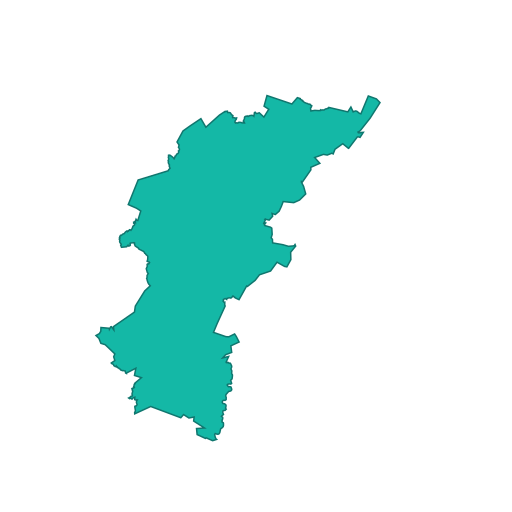 the district of El Oro, Durango, Mexico, rotated 64°
{"feature_id": "50627088B64082944124553", "entity_name": "El Oro", "entity_type": "district", "adm_level": 2, "iso_a3": "MEX", "parent_name": "Mexico", "parent_adm1": "Durango", "projection": "albers", "projection_center": [-105.231, 25.637], "detail": "fine", "context": "isolated", "style": "filled", "palette": "teal", "viewbox_px": 512, "rotation_deg": 64, "n_neighbors": 0, "source": "geoboundaries", "source_scale": "gbopen_adm2", "svg_char_len": 6153}
<svg xmlns="http://www.w3.org/2000/svg" viewBox="0 0 512 512"><g transform="rotate(64 256 256)"><path d="M153.8,348.3L160.6,342.5L165.0,339.8L172.3,346.7L171.5,347.5L170.4,347.7L172.1,349.3L173.1,349.7L172.1,350.1L172.7,350.7L172.1,351.2L172.9,351.6L173.9,351.2L174.7,351.4L175.1,352.2L175.2,353.4L177.1,355.4L178.1,357.2L177.3,357.6L176.9,358.2L177.4,358.8L177.3,359.5L177.7,359.9L177.3,360.4L177.7,360.9L176.9,361.2L177.2,362.8L178.1,364.7L177.9,366.2L178.5,368.2L178.0,368.7L178.8,369.9L179.7,370.2L179.7,370.5L180.3,370.6L180.2,371.0L181.1,371.1L181.3,371.6L182.3,371.5L183.1,372.2L184.2,372.4L186.4,372.0L187.0,372.5L187.0,372.9L189.2,373.1L191.0,368.2L190.2,366.3L191.2,366.2L191.5,365.1L191.2,364.2L189.4,363.6L189.4,362.9L190.6,359.7L191.2,359.4L191.7,360.0L194.0,360.2L197.5,358.2L198.5,358.2L202.8,354.9L204.8,354.8L205.4,354.3L206.4,354.3L208.4,353.4L209.2,353.5L211.8,355.0L212.9,356.1L213.2,355.7L213.7,355.7L214.5,354.7L215.2,354.5L216.1,356.0L215.7,356.4L215.6,357.1L216.0,357.7L217.6,358.2L219.3,360.2L223.2,360.9L224.4,360.5L225.8,362.5L227.5,363.3L228.3,364.2L229.7,364.2L230.2,364.5L232.9,364.8L234.3,364.7L236.4,364.1L238.6,371.3L248.1,386.4L253.1,389.8L257.0,415.1L260.1,416.2L256.1,417.0L256.0,417.7L257.6,419.9L256.6,419.6L252.3,426.7L255.6,428.5L257.1,430.8L257.3,434.7L261.2,433.3L266.5,433.7L269.6,430.4L282.1,425.8L284.2,428.1L288.1,428.7L288.7,433.0L289.2,433.0L290.9,431.7L292.3,431.8L293.4,431.0L293.6,431.0L293.9,430.5L293.7,430.0L294.2,430.2L294.6,429.5L294.9,429.7L295.3,429.3L295.7,429.3L296.4,428.5L297.0,428.5L298.1,427.7L299.1,427.6L300.6,426.2L300.8,425.5L302.2,423.9L304.0,424.5L304.8,423.9L304.4,423.7L304.2,413.2L310.1,417.6L315.1,412.3L317.2,420.5L317.5,420.3L317.8,420.6L318.1,421.8L319.4,422.7L319.6,423.1L320.7,422.9L320.9,423.4L320.4,423.6L321.0,424.6L320.7,425.3L320.9,425.8L321.7,425.6L322.2,426.0L323.4,426.0L325.7,428.0L326.9,428.1L327.5,428.5L327.3,430.2L327.8,431.4L327.8,432.7L328.9,432.1L328.9,430.9L330.3,430.2L329.6,428.1L329.8,426.8L331.9,428.0L332.4,427.6L333.3,425.8L334.0,426.9L335.2,427.7L337.5,428.0L338.2,429.4L337.9,430.5L338.3,431.0L342.2,432.2L342.9,432.8L343.3,433.6L344.7,434.2L345.1,416.6L368.4,394.5L366.8,390.6L372.2,387.3L373.6,382.2L377.0,384.4L388.0,377.7L385.0,385.1L390.7,387.2L397.8,381.4L397.6,380.5L403.0,375.9L403.6,371.8L402.9,372.1L401.2,372.1L398.5,371.5L397.7,370.5L399.2,369.0L399.7,367.6L399.4,366.8L398.9,366.0L395.8,363.5L395.6,361.9L395.0,360.3L393.9,359.4L391.9,358.5L391.5,358.5L391.0,358.9L390.2,359.3L389.3,358.6L388.7,358.6L387.9,357.4L386.8,356.8L386.3,356.7L385.0,357.4L384.6,356.7L384.2,354.7L382.1,354.5L380.8,353.7L380.7,352.8L381.2,351.5L380.6,349.9L379.3,350.1L378.6,349.3L376.9,348.3L375.2,348.9L374.0,350.4L372.7,350.5L371.8,349.8L371.4,348.8L371.8,347.6L372.2,347.2L372.0,345.8L370.1,344.8L368.5,344.6L367.3,343.6L365.7,339.8L366.1,339.0L366.2,337.6L365.7,336.6L365.1,336.2L362.8,335.9L362.0,336.7L361.4,338.1L359.6,338.5L359.1,338.3L358.9,337.6L359.1,336.6L359.6,335.3L360.1,334.8L359.8,333.7L356.6,333.3L356.2,331.9L355.7,331.2L353.7,329.9L352.6,329.3L350.9,329.4L348.7,328.1L346.5,328.0L345.1,326.5L344.3,326.1L341.7,326.0L340.8,326.3L340.7,327.2L339.4,327.7L339.2,328.1L339.4,328.3L339.3,328.8L338.8,329.0L338.7,329.4L338.3,329.4L334.3,324.6L333.0,330.6L331.4,326.6L332.0,320.1L325.7,318.0L325.9,308.9L319.7,309.0L316.7,309.4L316.7,315.9L315.3,318.4L306.0,327.7L299.4,320.2L287.4,305.6L286.6,305.7L283.8,304.3L283.7,305.0L282.1,305.4L281.8,304.8L280.8,304.4L280.7,302.4L282.2,301.4L281.4,300.7L281.8,298.4L282.8,297.0L282.6,295.8L281.8,294.5L281.9,294.2L282.7,293.7L283.7,293.6L283.9,293.1L284.6,293.0L287.8,290.4L278.9,277.6L279.6,277.1L277.5,267.4L274.4,261.1L275.9,249.5L270.8,239.8L277.9,234.9L279.3,233.0L274.6,226.3L267.8,223.2L264.5,216.0L262.8,215.9L263.5,217.1L263.2,218.3L261.5,222.6L257.6,226.9L251.5,235.3L248.2,233.9L246.3,234.4L243.7,232.0L237.9,229.6L236.5,230.3L233.0,234.2L232.8,234.6L231.7,234.8L230.9,233.6L230.9,234.3L230.1,234.8L229.3,233.9L229.6,233.4L229.1,233.6L227.9,232.0L227.4,231.8L226.9,232.0L226.8,231.4L227.4,231.0L229.5,228.4L227.6,223.6L224.8,222.9L227.2,220.5L225.9,215.6L222.5,211.4L219.0,207.7L224.6,198.7L224.8,192.3L222.0,184.1L214.3,182.7L209.4,182.8L208.9,182.5L209.8,181.8L202.6,168.9L200.3,167.9L200.7,158.0L193.2,160.1L194.2,150.9L196.5,147.7L196.9,142.7L198.1,141.9L194.7,138.2L193.1,128.8L199.8,125.7L199.8,125.4L193.4,112.7L193.8,111.7L195.0,110.5L191.9,105.3L191.1,107.2L191.1,108.1L190.1,110.0L189.3,110.0L189.2,107.7L182.2,93.1L172.5,77.3L167.6,78.9L161.4,84.9L174.2,99.4L173.1,100.5L170.3,101.8L169.4,102.7L169.2,103.2L169.1,104.7L168.9,104.8L169.0,105.5L163.7,105.4L166.7,110.3L154.4,125.4L155.0,126.0L155.0,126.3L154.6,126.6L154.7,127.7L154.3,129.2L154.6,130.8L153.5,133.0L153.6,133.9L153.0,134.0L153.3,134.6L153.0,135.6L150.9,139.3L149.7,143.1L146.8,142.1L146.4,141.0L145.4,140.0L144.6,140.7L143.7,140.6L142.9,141.4L143.0,141.7L142.5,142.3L141.5,142.8L141.2,143.4L139.4,145.0L137.0,146.3L136.7,145.9L134.4,147.6L133.9,147.2L131.8,149.4L135.1,157.1L116.6,175.8L124.9,183.1L129.7,180.2L134.6,188.0L128.7,190.3L128.5,192.1L128.0,193.3L126.4,193.7L126.4,194.5L129.3,196.6L128.8,196.7L128.7,197.1L127.7,198.0L127.6,198.8L127.1,199.8L127.2,201.7L126.5,201.9L126.7,202.6L125.9,203.5L126.1,203.9L125.9,204.8L126.3,205.5L127.8,206.4L129.0,208.1L129.5,208.4L130.5,207.9L131.4,208.0L130.2,210.2L129.2,211.1L128.8,212.1L128.3,212.6L128.5,214.1L127.8,215.0L127.5,216.1L126.5,216.3L125.2,215.3L124.4,213.7L123.4,212.9L122.9,214.3L121.8,215.4L121.5,216.3L121.0,216.3L119.7,215.2L118.2,216.0L116.1,216.3L115.5,216.8L114.6,218.6L113.3,218.2L112.7,220.0L112.8,220.7L112.5,220.7L113.3,227.0L118.3,244.6L108.4,245.3L110.2,258.4L111.6,266.8L118.9,277.0L122.5,276.5L124.4,278.1L125.8,277.8L126.9,278.2L127.5,279.0L127.6,279.7L128.6,279.8L129.7,281.1L129.7,282.7L130.8,284.0L130.8,285.1L131.6,285.5L132.7,287.0L131.0,287.4L127.8,289.0L127.1,290.0L127.1,290.5L128.1,290.7L128.4,291.2L129.0,291.6L130.6,291.9L131.9,293.3L132.7,293.2L133.4,293.8L134.8,294.1L135.8,293.8L136.5,294.0L137.0,294.6L139.5,294.8L140.1,296.6L140.9,297.6L136.0,328.6L153.8,348.3Z" fill="#14b8a6" stroke="#0f766e" stroke-width="1.5"/></g></svg>